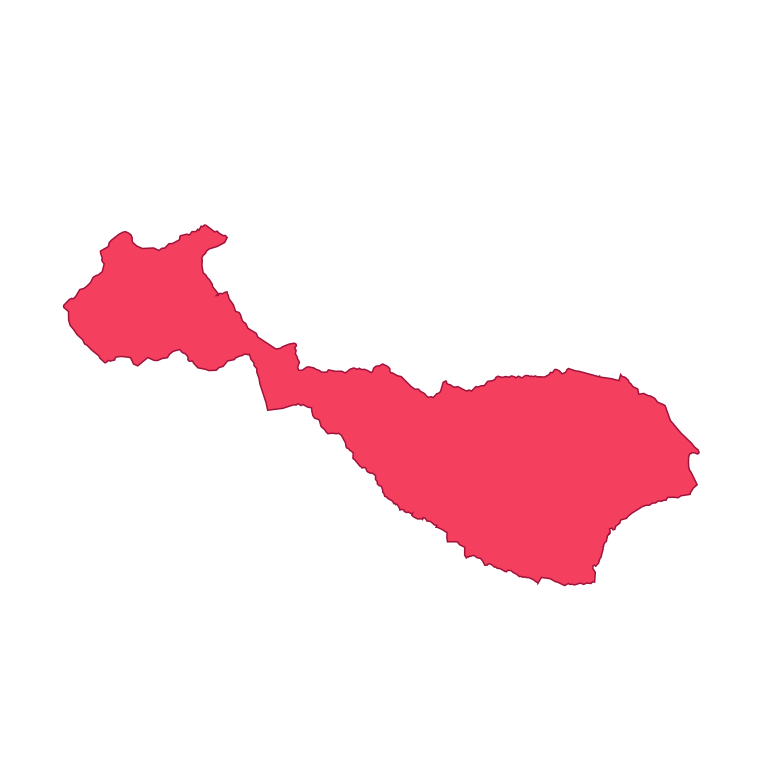 outline of Chiojdeni, Vrancea, Romania, rotated 315°
{"feature_id": "2599482B77515537465857", "entity_name": "Chiojdeni", "entity_type": "district", "adm_level": 2, "iso_a3": "ROU", "parent_name": "Romania", "parent_adm1": "Vrancea", "projection": "orthographic", "projection_center": [26.832, 45.598], "detail": "fine", "context": "isolated", "style": "filled", "palette": "rose", "viewbox_px": 768, "rotation_deg": 315, "n_neighbors": 0, "source": "geoboundaries", "source_scale": "gbopen_adm2", "svg_char_len": 6158}
<svg xmlns="http://www.w3.org/2000/svg" viewBox="0 0 768 768"><g transform="rotate(315 384 384)"><path d="M567.4,598.2L567.2,596.7L564.6,590.2L565.3,585.5L564.0,581.0L562.5,578.9L561.0,574.3L556.9,571.4L559.9,567.0L558.1,561.7L558.7,558.5L558.4,556.3L559.4,554.2L559.3,550.9L558.9,548.9L558.0,547.8L557.7,545.7L558.0,544.7L552.5,547.7L548.4,540.8L541.7,531.9L542.1,530.9L541.1,530.8L530.7,512.6L528.9,510.5L525.4,503.5L523.7,503.2L520.6,504.2L517.1,502.6L517.3,498.8L516.2,495.7L515.0,494.5L511.0,495.1L509.9,493.4L507.5,494.1L502.4,492.6L498.6,488.3L497.6,487.9L496.8,485.4L494.6,484.2L493.9,482.7L492.4,481.8L492.2,480.6L490.8,478.7L489.1,477.7L486.7,477.5L485.6,476.6L484.6,473.5L481.5,472.8L481.4,471.3L480.1,468.8L479.3,468.1L477.4,467.8L475.2,464.6L472.4,463.1L470.0,459.0L467.8,458.5L465.8,459.2L463.2,458.4L459.1,455.4L453.8,456.1L451.2,453.8L448.6,452.8L447.1,450.8L440.8,450.9L439.9,448.3L437.9,447.8L436.8,445.9L434.4,438.2L431.1,435.6L430.4,431.7L429.0,429.2L428.9,427.9L430.0,426.2L429.8,425.5L427.2,424.6L418.6,429.3L416.0,429.1L414.4,428.2L409.2,428.4L408.5,426.5L405.9,424.8L405.6,422.6L405.9,419.5L404.6,414.9L404.7,411.9L402.1,409.5L401.4,404.7L401.4,390.9L399.4,387.8L397.8,382.1L396.8,380.8L397.2,378.7L398.7,377.8L399.1,376.1L398.7,373.1L397.1,368.8L394.0,368.1L390.8,365.7L387.7,365.5L385.5,366.9L383.0,367.0L381.8,362.5L380.4,359.6L378.3,357.9L377.7,355.4L375.6,354.8L374.0,351.3L370.6,349.6L364.6,348.9L363.0,344.9L358.6,340.6L354.7,334.7L351.9,335.2L348.3,331.5L347.8,328.5L346.5,326.1L345.7,322.9L342.9,318.6L341.2,317.4L335.8,316.4L333.8,314.4L333.5,313.4L335.2,310.8L339.5,308.9L340.4,306.7L340.3,305.6L341.6,303.8L342.8,299.9L345.7,298.0L346.1,295.6L349.1,295.0L350.0,293.6L349.4,291.7L344.8,288.5L338.0,285.7L336.1,285.6L332.3,282.7L327.9,261.4L329.5,258.0L327.2,248.4L329.0,243.5L328.5,240.3L328.8,238.7L331.6,233.3L332.1,231.0L330.4,227.7L333.5,221.5L334.7,214.2L336.7,210.9L337.0,209.4L338.2,208.1L336.7,206.8L333.7,206.0L331.9,203.7L329.4,204.1L328.1,203.0L330.1,203.0L330.7,202.4L331.7,193.7L333.1,192.0L334.4,186.3L334.2,184.4L335.1,180.7L334.8,177.5L338.9,171.6L343.2,167.8L344.0,166.2L346.7,165.2L350.5,165.3L352.4,164.5L356.0,164.9L363.3,168.8L371.4,171.3L376.7,169.5L376.8,166.8L375.1,165.0L374.1,161.2L374.0,157.8L371.9,156.9L370.3,145.8L369.6,144.7L366.9,144.4L366.3,143.1L362.0,144.5L361.8,142.9L358.9,143.3L356.0,140.5L351.8,141.0L350.5,138.6L345.0,135.3L343.8,135.4L341.5,137.4L333.8,135.1L331.1,132.7L325.2,132.9L322.8,130.9L319.3,130.5L317.2,124.8L309.0,117.4L306.8,111.8L306.4,106.2L307.5,104.3L309.3,102.6L310.5,99.7L310.2,97.0L309.0,93.6L306.7,92.0L302.4,90.7L292.5,89.5L289.4,89.8L286.3,91.9L277.5,89.5L276.1,91.1L273.6,96.1L272.2,96.5L271.3,98.8L271.2,101.1L264.1,105.4L258.4,104.7L257.5,103.8L253.7,102.9L248.2,104.7L242.8,104.7L239.3,104.2L235.7,102.1L228.3,104.0L224.8,104.2L223.7,102.6L221.1,101.7L213.0,101.9L211.7,103.4L212.1,109.7L206.1,115.9L203.5,120.7L203.1,125.8L201.9,131.8L202.2,139.7L200.6,144.0L201.4,146.4L201.4,154.0L202.3,162.6L201.4,164.5L201.6,171.5L202.1,172.1L206.0,172.6L206.5,174.1L210.6,176.6L211.8,175.7L213.7,175.6L217.3,178.4L220.4,182.0L223.4,186.1L221.0,192.9L222.7,197.0L235.7,198.3L238.1,204.7L240.4,207.2L245.3,209.2L249.3,212.2L253.5,211.3L257.9,211.8L263.9,215.1L263.6,219.2L264.7,221.6L264.9,224.1L264.4,226.5L262.5,228.1L262.3,229.5L262.4,230.2L264.7,232.3L264.7,233.3L264.1,234.3L263.9,241.0L268.4,247.8L269.7,250.7L273.6,254.3L275.3,255.7L279.0,255.7L282.7,257.8L289.6,257.1L295.4,260.9L297.4,260.6L302.2,262.4L303.7,263.6L306.6,264.2L309.2,268.0L309.7,268.0L307.4,272.6L307.0,277.0L305.1,279.1L305.0,282.5L304.5,283.7L302.5,285.6L299.6,291.6L296.2,296.4L287.5,313.6L283.2,320.3L295.3,329.7L305.2,334.7L307.0,336.8L309.3,337.1L310.1,340.6L312.1,341.1L313.8,346.7L316.0,349.6L313.8,352.1L311.3,356.2L310.8,359.1L312.6,362.8L312.6,364.0L309.4,369.7L309.7,374.6L309.1,377.7L309.2,379.5L312.5,382.0L315.1,385.4L317.0,386.8L317.6,390.0L315.1,398.5L313.1,401.0L312.4,402.8L313.3,404.8L312.9,406.1L313.6,410.8L309.4,414.7L309.7,416.8L308.9,424.9L309.4,426.9L309.0,427.8L311.4,429.3L311.3,431.5L310.4,433.1L310.3,434.4L311.0,436.9L312.7,438.9L313.3,442.7L310.5,445.5L310.3,448.2L308.7,449.9L308.7,452.4L309.8,454.5L307.8,458.5L306.7,459.5L306.4,461.6L305.1,464.0L306.0,465.4L305.7,467.4L307.2,472.7L306.4,475.6L307.3,475.9L306.9,477.5L308.3,478.2L307.1,482.6L306.1,484.4L307.5,484.9L309.1,487.1L308.2,488.4L309.0,490.7L310.8,492.1L311.7,495.4L312.7,495.6L310.9,496.3L310.8,496.9L311.1,499.5L312.4,503.3L315.3,505.9L315.4,507.1L317.2,506.2L318.2,508.0L317.5,511.3L319.7,514.1L320.0,519.4L321.4,521.3L319.5,522.1L320.5,523.2L322.2,528.0L323.4,533.8L319.7,537.2L317.3,540.5L324.3,547.4L323.8,551.0L325.6,556.5L320.0,562.1L319.2,565.2L321.1,565.2L321.3,566.1L322.9,566.3L323.6,567.3L325.2,567.8L326.5,569.2L326.9,572.5L328.9,575.6L328.7,578.8L327.1,583.5L329.2,585.2L330.2,584.9L331.5,585.5L332.5,588.6L332.6,591.6L333.5,592.1L333.8,594.5L335.6,596.7L337.1,602.4L337.9,603.4L339.7,603.2L341.9,605.8L342.0,608.4L343.3,612.4L343.5,615.9L344.7,616.8L345.8,619.2L347.1,619.8L347.7,621.4L349.4,623.1L351.4,628.5L351.5,630.7L352.2,633.2L351.8,633.8L358.5,632.1L363.8,639.1L365.5,645.2L366.5,646.5L369.2,654.3L373.3,655.4L373.7,657.2L375.0,658.1L376.8,660.9L382.2,663.7L383.4,666.8L386.7,668.2L389.3,671.4L391.6,671.4L392.9,673.0L400.2,666.6L401.3,661.9L403.2,660.4L404.8,661.0L404.8,662.5L409.0,662.4L413.1,660.2L414.7,660.0L422.3,655.6L423.3,654.1L424.3,654.3L425.4,653.2L428.5,652.2L430.0,652.5L434.8,649.3L436.5,649.4L437.0,648.8L437.2,649.5L438.1,649.5L439.9,647.9L440.9,646.0L443.0,646.8L443.3,647.8L442.7,648.6L442.9,649.1L444.4,650.0L447.3,648.4L452.5,649.1L455.1,647.5L460.5,650.5L462.8,650.1L467.9,650.6L480.1,653.4L483.6,655.1L486.2,657.5L489.4,657.9L492.0,660.2L495.2,660.6L497.5,663.3L499.4,663.9L501.3,665.6L504.3,664.7L509.1,669.3L511.5,672.4L514.9,673.0L522.4,678.5L524.1,677.5L529.3,676.3L534.2,676.7L538.6,663.9L539.3,660.7L540.9,658.0L544.0,654.6L547.6,651.2L550.6,649.6L552.0,650.4L552.8,650.1L554.8,652.1L556.2,655.2L558.2,655.4L559.5,652.9L559.0,648.0L559.6,643.8L559.3,628.4L560.7,612.3L567.4,598.2Z" fill="#f43f5e" stroke="#9f1239" stroke-width="1.5"/></g></svg>